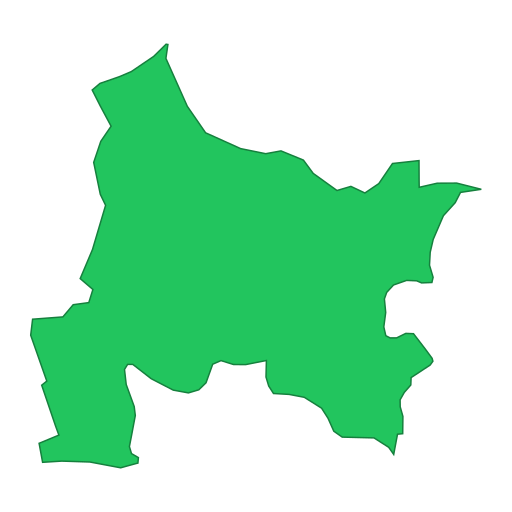 outline of Ashtarak, Aragatsotn, Armenia
{"feature_id": "60910142B23777318825008", "entity_name": "Ashtarak", "entity_type": "district", "adm_level": 2, "iso_a3": "ARM", "parent_name": "Armenia", "parent_adm1": "Aragatsotn", "projection": "natural_earth1", "projection_center": [44.276, 40.353], "detail": "fine", "context": "isolated", "style": "filled", "palette": "green", "viewbox_px": 512, "rotation_deg": 0, "n_neighbors": 0, "source": "geoboundaries", "source_scale": "gbopen_adm2", "svg_char_len": 1545}
<svg xmlns="http://www.w3.org/2000/svg" viewBox="0 0 512 512"><path d="M481.3,189.3L456.7,183.1L437.2,183.2L419.2,187.3L419.1,180.7L419.0,160.6L392.5,163.5L378.8,183.6L364.9,193.0L350.9,186.4L337.0,190.5L313.2,173.4L303.4,160.1L281.0,150.9L265.7,153.7L240.6,148.6L205.6,132.8L187.3,106.3L165.9,58.4L167.9,44.5L166.1,44.2L153.7,56.4L144.7,62.5L131.3,71.6L119.3,76.7L100.0,83.4L92.2,90.0L100.4,106.2L111.1,126.2L100.8,141.3L93.7,162.4L100.3,194.3L105.6,205.3L92.5,249.5L80.2,278.6L92.9,289.5L88.8,302.6L73.2,304.7L62.9,316.9L32.6,319.2L30.7,335.2L46.8,381.1L41.7,385.2L55.6,426.1L58.9,435.1L39.1,443.3L42.6,462.3L61.7,461.1L89.9,462.0L120.7,467.8L126.4,466.2L136.6,463.4L137.9,463.1L138.4,457.6L131.5,453.6L129.4,446.6L131.9,433.6L135.3,415.5L134.2,406.5L126.2,384.5L124.5,369.4L127.6,364.4L132.8,364.4L151.2,378.7L173.2,390.1L188.4,392.9L198.8,389.8L206.0,382.8L212.7,364.2L221.0,360.6L233.5,364.5L245.6,364.6L266.4,360.5L266.0,377.0L268.7,386.0L273.5,393.5L289.1,394.4L304.3,397.3L321.6,408.2L328.0,418.2L333.8,431.2L342.2,437.1L374.0,437.9L388.7,447.3L393.7,454.4L397.5,434.2L402.7,433.7L402.9,416.4L400.2,406.8L400.1,399.8L404.3,392.4L410.8,385.0L411.1,377.6L430.2,365.0L432.9,361.2L432.1,358.3L425.1,348.8L413.5,333.7L405.8,333.4L396.6,337.9L390.1,337.9L385.8,335.7L383.8,326.9L385.7,312.5L384.4,298.9L386.7,292.4L393.5,285.0L406.6,280.4L416.6,280.8L421.6,282.9L431.9,282.5L433.1,277.3L429.5,265.2L430.2,252.3L433.2,239.4L443.4,215.7L448.0,210.6L455.2,202.7L460.5,192.4L481.3,189.3Z" fill="#22c55e" stroke="#15803d" stroke-width="1.5"/></svg>